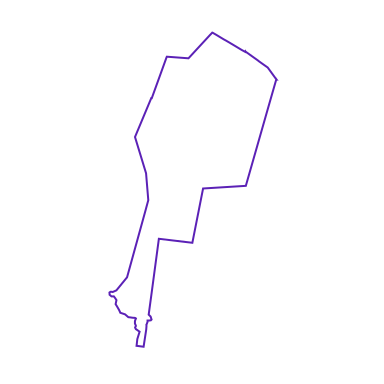 the district of Atbara, River Nile, Sudan, rotated 99°
{"feature_id": "16777658B19107068109893", "entity_name": "Atbara", "entity_type": "district", "adm_level": 2, "iso_a3": "SDN", "parent_name": "Sudan", "parent_adm1": "River Nile", "projection": "albers", "projection_center": [33.305, 17.884], "detail": "fine", "context": "isolated", "style": "outline", "palette": "violet", "viewbox_px": 384, "rotation_deg": 99, "n_neighbors": 0, "source": "geoboundaries", "source_scale": "gbopen_adm2", "svg_char_len": 1343}
<svg xmlns="http://www.w3.org/2000/svg" viewBox="0 0 384 384"><g transform="rotate(99 192 192)"><path d="M352.6,222.7L352.4,215.6L335.1,215.7L331.4,216.0L330.2,216.3L329.4,216.0L328.7,215.9L327.3,215.6L325.9,215.8L325.7,214.4L325.2,212.6L324.3,212.0L321.5,213.4L319.9,215.6L297.4,216.1L243.4,217.4L242.1,183.7L186.8,181.6L177.5,139.8L91.4,129.3L69.5,126.6L67.5,126.3L67.6,126.2L67.6,126.3L64.7,129.2L57.2,136.7L54.4,142.4L54.1,143.0L52.3,146.6L51.8,147.4L50.4,150.2L48.4,154.2L45.0,161.0L44.8,161.2L45.3,161.3L43.9,165.2L42.4,168.9L40.9,172.6L38.0,179.9L37.1,182.2L36.4,184.2L34.9,187.9L33.1,192.3L31.9,195.4L31.4,196.7L31.4,196.9L33.6,198.4L33.7,198.5L60.5,216.4L62.3,238.0L62.9,238.2L71.3,239.8L85.9,242.6L105.6,246.4L105.6,246.9L146.6,256.9L180.7,240.3L206.9,233.9L219.0,235.2L286.4,242.8L301.0,251.3L303.2,254.7L303.1,255.7L303.3,256.9L304.2,257.8L306.4,257.3L306.8,256.6L307.7,255.2L307.6,254.4L307.3,252.9L308.7,251.4L310.6,249.7L314.7,249.9L316.8,248.1L319.9,245.6L321.7,244.4L322.5,243.9L323.3,239.0L325.6,235.3L325.5,233.2L325.5,231.0L325.3,229.4L325.3,228.8L325.4,228.1L325.7,227.6L327.0,227.9L327.8,228.1L329.1,228.1L330.1,227.9L330.8,227.8L331.8,227.2L332.6,226.6L333.4,226.5L334.0,226.8L334.8,227.0L336.2,226.0L337.0,224.3L338.2,221.9L345.8,223.0L352.2,222.7L352.6,222.7Z" fill="none" stroke="#5b21b6" stroke-width="2"/></g></svg>